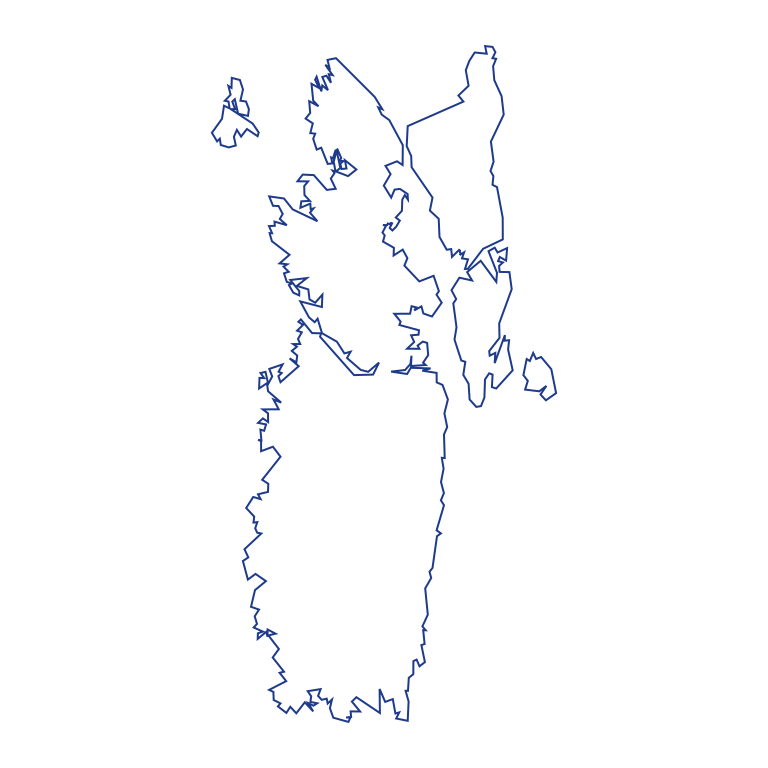 the district of Karmøy nor, Rogaland, Norway
{"feature_id": "86288312B31081381702542", "entity_name": "Karmøy nor", "entity_type": "district", "adm_level": 2, "iso_a3": "NOR", "parent_name": "Norway", "parent_adm1": "Rogaland", "projection": "orthographic", "projection_center": [5.261, 59.278], "detail": "fine", "context": "isolated", "style": "outline", "palette": "blue", "viewbox_px": 768, "rotation_deg": 0, "n_neighbors": 0, "source": "geoboundaries", "source_scale": "gbopen_adm2", "svg_char_len": 6090}
<svg xmlns="http://www.w3.org/2000/svg" viewBox="0 0 768 768"><path d="M336.0,58.2L327.5,59.9L329.5,68.0L325.3,64.8L332.6,75.1L328.8,74.2L331.0,82.8L326.4,75.7L322.3,77.0L328.0,90.2L322.3,85.5L321.4,90.6L321.0,90.5L316.6,76.7L315.1,79.8L319.2,88.1L311.5,83.8L313.2,100.7L318.5,106.2L309.2,101.2L310.2,112.9L305.6,118.6L312.8,123.4L310.3,133.1L315.2,133.7L313.2,138.8L316.7,149.6L321.2,147.7L327.7,163.9L332.4,163.4L331.1,157.5L332.9,158.4L335.4,150.6L337.5,149.4L341.2,157.9L339.8,160.8L343.4,161.1L340.3,163.7L341.5,169.0L346.5,168.5L344.9,160.2L356.4,169.5L348.1,176.1L336.0,171.5L340.3,167.9L336.6,150.4L333.7,161.8L335.5,171.3L332.6,170.6L334.5,173.1L330.8,178.6L335.7,188.8L326.8,189.9L313.8,175.1L302.7,174.6L297.5,181.3L308.1,181.4L304.2,186.1L304.5,195.1L309.9,200.9L301.3,201.3L300.4,207.8L310.3,203.6L310.7,209.2L313.5,208.4L310.0,212.7L317.4,221.2L292.7,209.4L284.0,198.5L269.2,196.4L273.0,205.8L278.5,206.0L282.7,213.9L279.8,219.0L286.8,225.2L274.5,221.6L274.8,225.8L269.0,226.1L272.1,233.2L269.6,233.1L271.9,241.2L289.5,254.8L279.6,263.4L287.3,264.3L283.5,266.6L288.7,271.8L284.0,273.3L286.8,281.9L291.9,283.5L288.9,285.1L293.3,292.7L299.2,295.4L299.3,291.1L290.3,280.0L306.8,278.1L296.9,285.9L308.3,289.4L309.5,299.4L315.2,302.7L322.4,294.6L321.9,307.0L300.3,301.4L309.0,317.4L314.7,322.2L317.6,318.7L322.0,333.2L336.9,341.7L344.4,353.4L350.6,351.7L347.0,358.0L360.7,369.9L368.2,371.8L379.0,362.6L373.1,374.6L354.0,375.1L320.1,336.8L321.0,333.3L312.1,333.1L300.9,319.4L298.4,321.8L303.0,324.9L297.1,330.7L301.8,332.3L298.0,338.9L300.2,344.0L293.2,344.1L296.9,346.7L291.8,350.9L297.2,355.5L296.4,362.3L289.6,358.4L298.7,366.2L280.5,382.2L278.4,376.1L281.7,373.1L278.6,371.7L282.6,364.4L269.3,368.9L272.2,376.5L268.2,383.9L265.5,371.9L260.5,373.0L264.2,378.1L259.5,377.9L259.1,388.5L266.9,383.2L268.1,391.3L281.2,402.6L273.5,399.5L278.7,409.3L262.8,409.4L268.0,413.3L268.1,422.0L262.9,418.4L258.1,422.9L266.1,424.4L264.1,430.8L260.4,429.6L261.4,440.4L258.1,439.8L261.1,441.1L261.1,451.2L272.9,446.7L280.5,456.7L262.2,479.8L268.3,483.8L268.0,491.9L258.0,494.3L260.6,499.1L253.2,497.0L246.2,508.0L254.2,516.6L253.5,522.6L257.3,522.1L255.2,528.3L257.2,532.7L261.3,533.5L244.5,549.2L248.3,557.4L242.9,561.0L247.9,579.6L255.5,573.9L265.9,581.1L255.0,590.1L251.0,606.8L259.0,609.6L254.7,616.3L257.0,623.9L253.7,627.5L262.9,631.6L257.9,633.3L257.7,638.9L266.3,631.8L267.5,636.8L267.6,629.5L275.6,633.7L268.4,635.4L278.9,649.0L272.7,657.5L284.0,671.7L279.6,672.8L286.2,681.1L269.1,689.9L273.4,691.9L273.7,700.0L280.5,703.4L277.9,706.4L286.4,712.9L290.3,706.8L296.3,713.3L304.8,702.3L313.2,711.4L308.2,703.1L313.4,705.7L317.2,703.3L310.4,701.9L311.2,696.3L307.7,691.2L320.6,689.1L318.1,695.9L321.7,699.8L326.7,698.7L327.7,703.5L332.0,699.5L329.9,708.2L333.3,717.7L348.4,721.9L350.4,717.6L346.1,717.5L351.1,717.0L350.6,711.4L360.1,711.5L351.9,701.6L356.4,697.2L379.9,713.0L379.6,689.0L385.2,701.9L392.8,699.1L395.4,713.5L399.2,712.4L396.2,718.5L407.7,720.8L408.6,701.5L405.6,690.8L408.0,690.8L408.8,677.8L413.3,674.2L413.4,661.1L416.6,659.6L419.5,666.3L424.9,662.1L421.4,645.1L424.6,644.0L423.2,630.2L425.7,630.3L422.4,626.4L427.8,614.7L425.2,588.4L431.2,578.0L429.5,571.7L432.5,568.0L437.0,536.2L440.9,533.4L436.6,530.3L444.0,505.2L440.9,500.3L443.9,493.1L441.0,482.0L443.6,468.7L441.8,457.8L444.7,458.1L444.0,434.4L447.2,427.1L444.4,413.4L447.9,399.5L442.5,384.9L436.7,382.4L436.6,372.9L422.3,370.7L430.6,368.4L410.8,367.8L407.1,374.0L391.1,371.6L405.1,370.0L410.4,364.0L411.5,355.7L411.0,366.0L425.7,365.0L423.1,362.7L428.2,355.1L427.1,342.9L422.8,341.6L417.6,345.6L419.4,348.8L407.1,348.7L414.2,342.0L411.1,335.3L418.5,334.7L419.0,330.3L399.4,325.0L400.6,321.6L394.3,313.8L410.1,313.7L411.6,306.2L416.3,307.4L414.3,310.4L421.4,306.4L423.4,313.5L432.0,316.5L441.7,302.7L436.5,294.6L438.9,291.2L433.6,275.8L419.3,281.4L404.4,265.6L407.4,258.2L402.7,249.6L393.6,255.5L393.9,247.8L383.0,241.6L384.7,235.4L382.5,232.5L386.0,225.8L383.0,225.0L387.1,225.1L387.8,223.5L389.5,224.2L390.6,223.1L391.4,223.0L392.1,223.3L389.7,228.0L392.4,230.5L396.1,226.8L399.8,220.6L395.8,217.5L401.9,210.8L402.3,199.6L404.8,195.1L407.9,199.6L407.6,194.0L399.9,188.9L394.6,189.6L391.2,197.6L383.8,185.6L390.6,174.1L385.5,165.9L397.0,161.3L402.6,165.0L402.8,145.2L389.3,120.1L381.7,114.6L378.3,107.5L382.3,109.2L374.7,96.9L336.0,58.2ZM407.7,126.1L406.7,146.1L411.2,156.0L411.6,167.2L432.5,197.6L429.9,210.6L438.7,218.8L439.5,237.0L446.7,249.7L451.2,249.1L452.0,256.9L459.1,249.9L460.0,250.7L459.8,251.9L460.6,253.4L460.1,254.3L460.5,254.6L464.1,252.3L462.0,258.4L468.0,259.3L465.0,269.0L467.9,268.8L483.1,248.8L502.8,239.4L502.7,217.6L497.0,187.1L492.5,184.8L493.4,176.1L490.5,171.0L493.6,161.7L490.9,141.6L503.7,114.6L501.6,96.2L494.3,80.2L493.1,66.2L496.1,58.8L492.5,58.2L495.4,52.2L492.5,46.9L485.1,46.1L486.7,53.7L474.7,52.5L469.3,60.9L465.8,70.2L468.6,85.8L458.4,95.5L463.4,101.6L407.7,126.1ZM494.7,247.7L488.5,251.2L497.0,272.8L496.3,281.9L480.7,260.8L467.1,272.1L472.1,280.5L459.4,277.7L451.5,290.2L456.2,299.1L453.3,303.4L456.5,327.2L454.5,339.6L461.3,360.5L465.3,361.8L463.3,374.9L468.6,383.8L469.6,399.5L476.3,406.9L481.0,406.1L484.4,397.5L485.0,379.4L489.2,373.3L492.6,374.6L491.9,387.1L496.2,388.5L512.7,370.3L508.1,349.6L509.1,340.2L504.7,340.7L504.9,335.1L494.7,363.1L495.3,352.9L489.7,355.7L489.2,351.1L499.5,337.9L499.2,323.4L511.7,289.2L509.4,272.1L499.6,271.9L499.1,265.9L502.9,262.5L498.1,261.1L499.8,257.0L506.1,260.6L507.1,248.1L497.6,252.5L494.7,247.7ZM239.9,80.0L231.8,77.9L231.5,87.9L228.4,85.9L230.6,94.7L224.8,100.8L228.5,101.5L229.6,108.4L224.0,105.7L222.0,118.8L211.9,132.8L217.1,141.4L219.8,138.7L220.8,145.0L228.8,147.4L235.8,145.5L233.9,136.7L236.9,129.9L241.1,136.6L246.9,129.0L257.6,136.2L258.7,132.5L252.7,123.6L230.8,109.1L235.1,109.2L232.3,101.6L234.8,99.2L238.1,113.7L248.0,115.9L248.9,109.1L246.0,101.5L240.4,100.7L243.0,89.5L239.9,80.0ZM536.1,359.0L533.2,353.0L529.8,361.0L526.7,359.0L523.4,375.1L527.8,380.9L525.1,389.6L539.3,391.3L546.4,385.9L540.5,394.5L545.9,400.3L556.1,393.1L551.3,369.2L541.1,357.0L536.1,359.0Z" fill="none" stroke="#1e3a8a" stroke-width="2"/></svg>